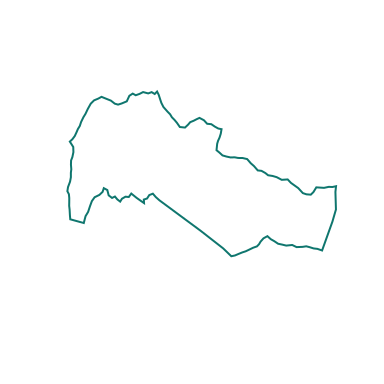 outline of Araçagi, Paraíba, Brazil, rotated 314°
{"feature_id": "56859067B93245396056078", "entity_name": "Araçagi", "entity_type": "district", "adm_level": 2, "iso_a3": "BRA", "parent_name": "Brazil", "parent_adm1": "Paraíba", "projection": "robinson", "projection_center": [-35.356, -6.871], "detail": "fine", "context": "isolated", "style": "outline", "palette": "teal", "viewbox_px": 384, "rotation_deg": 314, "n_neighbors": 0, "source": "geoboundaries", "source_scale": "gbopen_adm2", "svg_char_len": 2088}
<svg xmlns="http://www.w3.org/2000/svg" viewBox="0 0 384 384"><g transform="rotate(314 192 192)"><path d="M189.9,57.9L185.2,57.8L179.2,59.4L174.2,61.1L170.5,61.9L165.3,63.6L161.6,65.4L158.0,66.2L154.6,67.5L150.8,68.8L146.8,69.3L143.4,69.1L141.9,75.3L138.3,79.0L134.0,81.7L130.7,83.1L127.5,86.0L124.5,89.4L121.7,91.5L118.5,94.6L114.7,97.1L109.4,99.4L106.0,101.8L104.9,105.0L102.4,107.9L100.1,110.1L96.7,113.3L94.3,116.2L90.5,120.3L87.8,123.4L94.5,135.7L97.5,134.0L100.7,132.2L105.5,131.1L110.9,128.5L115.9,126.3L120.6,125.6L125.6,127.4L130.0,127.6L133.5,125.9L134.6,129.7L131.7,134.4L132.2,138.6L135.2,139.7L134.8,143.4L135.2,147.0L138.5,146.3L142.4,147.4L144.5,150.0L148.7,149.4L149.3,156.2L150.1,161.5L150.7,165.2L153.1,162.6L156.1,164.2L160.1,163.4L163.6,165.0L163.2,169.5L163.4,174.4L170.1,225.2L173.1,253.6L173.1,264.9L176.2,267.0L179.3,268.3L183.4,270.1L186.6,271.8L189.5,272.9L194.4,274.7L198.0,276.5L201.0,276.5L203.9,275.8L208.3,275.6L212.6,276.9L212.8,281.5L213.8,285.4L214.6,289.9L216.8,293.4L218.9,297.0L223.5,300.9L225.0,305.5L229.4,309.7L232.3,311.9L234.0,314.9L235.9,318.7L238.2,321.7L240.3,326.2L268.2,313.6L279.4,307.7L291.7,295.1L296.2,291.6L293.1,289.5L290.7,286.8L286.7,284.1L281.7,278.2L276.3,279.4L272.6,279.3L269.8,275.9L268.2,272.5L268.6,265.7L267.8,260.3L267.3,256.9L267.5,252.1L263.1,248.1L261.5,242.6L259.5,238.8L256.9,235.1L256.6,231.6L255.5,227.3L253.2,224.3L253.7,218.5L253.5,214.3L254.0,208.8L251.6,204.8L248.5,201.5L246.6,198.6L243.7,195.8L241.4,192.1L239.5,188.5L239.4,184.2L239.1,180.6L244.2,176.6L246.9,175.2L250.3,174.0L253.9,172.2L257.7,169.6L255.9,166.8L254.9,163.0L254.2,158.8L251.6,155.5L251.9,150.7L250.5,145.9L247.7,144.8L244.4,143.7L241.0,142.2L237.7,142.4L233.5,142.2L230.3,138.1L231.3,133.1L231.7,129.4L231.8,125.6L232.7,122.3L232.8,118.6L233.3,112.4L234.8,108.1L236.4,105.0L238.8,100.5L240.0,97.1L236.6,97.1L235.8,93.6L232.5,92.0L229.9,87.4L226.1,86.1L222.5,84.3L221.6,81.0L217.7,80.1L211.9,82.1L206.8,79.9L203.5,78.1L201.9,75.1L201.4,70.2L199.2,64.8L197.6,60.8L194.1,59.7L189.9,57.9Z" fill="none" stroke="#0f766e" stroke-width="2"/></g></svg>